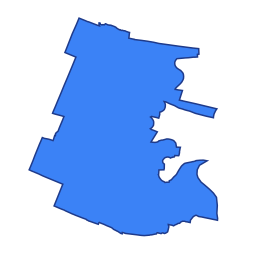 Dobresti, Dolj, Romania (orthographic projection), rotated 184°
{"feature_id": "2599482B36171757906736", "entity_name": "Dobresti", "entity_type": "district", "adm_level": 2, "iso_a3": "ROU", "parent_name": "Romania", "parent_adm1": "Dolj", "projection": "orthographic", "projection_center": [23.926, 43.971], "detail": "fine", "context": "isolated", "style": "filled", "palette": "blue", "viewbox_px": 256, "rotation_deg": 184, "n_neighbors": 0, "source": "geoboundaries", "source_scale": "gbopen_adm2", "svg_char_len": 5580}
<svg xmlns="http://www.w3.org/2000/svg" viewBox="0 0 256 256"><g transform="rotate(184 128 128)"><path d="M184.5,234.2L186.7,227.6L190.1,218.3L194.2,205.2L196.2,198.9L184.9,195.1L187.0,188.7L189.0,182.7L192.0,173.8L194.7,166.0L197.2,158.4L200.1,149.9L201.9,144.5L203.8,139.1L204.3,137.4L201.8,136.8L195.4,135.6L192.7,135.0L193.9,131.1L195.4,126.7L196.7,122.8L197.5,120.1L197.6,119.9L198.4,119.2L199.1,118.3L199.8,117.7L199.9,117.0L199.9,116.2L199.9,115.6L199.8,115.3L199.3,115.1L200.6,115.4L201.6,111.1L201.9,110.2L202.4,110.3L204.0,110.8L206.3,111.3L208.6,111.6L210.6,111.8L212.8,112.5L214.4,107.8L214.9,106.5L216.7,101.0L218.6,95.2L219.8,91.3L220.4,89.2L222.7,82.2L223.7,79.4L220.9,78.3L213.7,75.9L209.7,74.3L205.6,72.9L189.1,67.4L196.3,45.1L192.3,43.7L189.1,42.6L185.8,41.6L184.6,41.0L180.2,39.4L177.9,38.5L175.9,37.9L174.3,37.3L172.9,36.9L166.5,34.9L164.4,34.3L163.9,34.2L163.4,34.0L162.8,33.4L162.1,33.2L161.4,32.9L160.7,32.5L159.7,32.3L153.2,30.5L150.9,29.9L150.5,31.3L150.4,31.4L150.2,31.7L150.1,31.8L148.2,31.1L145.5,30.3L143.4,29.5L141.8,28.9L140.8,28.6L137.8,27.6L136.7,27.0L135.3,25.9L132.9,24.9L132.2,24.6L131.9,24.4L131.3,24.3L130.2,23.7L127.9,22.4L127.3,22.2L126.4,22.1L126.5,23.4L126.1,23.4L124.6,23.1L123.8,22.8L122.8,22.6L122.0,22.6L112.0,22.1L107.4,21.8L105.4,21.8L104.3,21.8L99.1,22.6L98.0,23.0L96.8,23.1L93.8,24.0L92.3,24.3L92.1,24.6L91.9,24.9L91.8,25.3L91.7,25.5L91.2,25.6L90.4,25.5L89.8,25.2L89.3,25.3L88.2,25.0L87.8,25.0L87.6,25.0L87.3,25.1L87.2,25.3L86.7,25.6L86.1,25.8L85.6,25.8L85.3,25.6L84.4,25.3L83.7,25.5L82.6,26.1L81.3,27.1L81.1,27.7L80.6,30.7L80.4,31.9L80.4,32.3L80.4,32.6L80.5,33.0L80.7,33.3L80.8,33.6L81.0,34.1L81.1,34.6L80.4,34.5L80.2,34.4L79.6,34.3L78.1,34.2L77.3,34.1L76.1,33.7L75.9,33.6L75.6,33.6L75.0,34.1L74.6,34.4L73.9,34.8L72.4,35.5L72.0,36.0L71.7,36.1L71.4,36.3L70.8,36.4L70.0,36.5L69.5,36.9L69.3,37.2L69.2,37.3L69.0,37.6L68.4,38.1L68.1,38.3L67.4,38.6L67.0,38.8L65.0,38.9L64.2,38.7L63.7,38.5L62.6,38.5L59.4,38.0L59.3,38.9L59.3,39.9L59.2,40.5L57.9,42.4L56.8,44.0L55.8,44.8L54.4,45.6L54.1,45.7L53.8,45.7L53.5,45.6L51.2,44.6L48.3,44.4L45.6,44.0L40.2,43.3L36.7,42.8L34.2,42.5L32.3,42.2L32.3,44.1L33.4,49.0L33.5,56.9L34.9,65.0L38.2,69.0L42.7,72.8L47.9,76.7L51.3,79.1L54.8,83.4L56.0,86.7L56.0,91.2L54.1,95.8L46.8,100.8L50.5,101.2L53.7,100.9L56.9,100.4L57.9,100.2L58.6,99.7L60.7,99.0L61.1,99.0L62.2,98.6L65.5,97.7L67.7,97.1L69.1,96.6L69.6,96.2L71.4,94.4L72.2,93.4L74.4,89.4L76.4,85.1L76.9,84.5L78.7,82.5L78.8,82.5L81.2,79.3L81.9,79.0L82.6,78.5L83.1,78.3L83.0,77.3L83.3,76.8L83.8,76.8L86.3,76.5L87.3,76.2L87.8,76.6L88.2,76.9L89.0,77.2L89.5,77.4L90.2,77.7L91.1,78.3L92.4,79.7L93.0,80.5L93.5,81.2L94.0,82.4L94.2,83.2L94.4,83.5L94.2,83.6L94.2,88.3L89.2,88.8L89.2,89.2L89.0,90.1L89.2,94.5L90.4,95.4L90.9,96.1L91.1,97.2L91.2,98.0L90.7,98.9L89.8,100.2L89.1,100.9L88.0,101.4L86.9,101.8L85.4,101.8L84.3,101.4L83.8,101.2L83.5,101.0L82.7,101.5L81.7,101.8L81.1,102.2L80.1,102.2L79.7,102.6L79.5,103.0L79.4,103.6L79.4,103.8L75.5,103.9L75.4,104.1L75.2,104.7L75.0,106.1L74.9,107.2L75.0,108.0L74.9,108.7L74.6,111.5L74.4,112.4L78.3,112.3L79.3,116.3L80.6,117.7L81.4,118.5L82.5,119.0L83.9,119.4L85.0,119.6L86.6,119.8L88.5,119.8L92.5,118.4L93.9,118.2L96.5,117.2L97.1,116.4L98.3,115.9L100.0,115.5L103.0,115.5L104.1,115.6L98.5,126.2L100.8,127.0L102.7,127.6L104.7,128.1L105.7,128.8L104.3,129.9L103.5,131.1L102.8,132.3L102.7,133.4L102.7,134.9L102.9,136.3L103.3,137.3L104.2,138.5L105.2,139.7L106.3,140.5L105.3,141.2L100.1,140.4L98.3,140.0L98.0,140.0L97.3,143.6L97.4,144.9L97.4,145.4L97.3,146.1L95.8,146.6L93.8,148.1L93.0,149.1L92.4,151.1L92.3,152.6L92.4,154.2L93.1,155.8L93.8,156.9L92.1,156.7L90.1,155.9L87.7,155.0L83.2,153.6L79.2,151.7L77.9,151.3L74.8,150.7L73.1,150.2L70.8,149.7L67.8,149.2L61.8,147.3L50.5,145.2L46.3,144.6L43.5,144.2L43.5,145.4L43.2,147.7L42.8,148.9L42.5,149.6L41.8,151.4L41.4,152.1L40.7,153.3L62.2,156.9L74.9,158.8L75.2,158.9L78.0,159.3L78.7,159.4L76.3,169.2L80.7,169.5L83.0,169.8L83.7,169.8L83.7,170.2L83.6,170.4L83.2,171.1L82.8,171.6L81.8,172.7L78.9,175.8L77.9,177.1L77.4,177.9L77.1,178.6L76.5,179.9L76.1,181.3L76.1,182.2L76.1,183.1L76.2,183.9L76.5,185.4L76.7,185.8L76.9,186.4L77.3,186.9L77.7,187.4L78.5,188.1L79.0,188.6L79.5,189.1L80.8,189.7L82.4,190.6L83.0,191.0L83.6,191.4L84.6,192.5L85.1,193.2L85.4,193.8L85.7,194.6L85.9,196.1L85.9,197.1L85.8,197.4L85.4,198.5L84.9,199.4L84.2,200.4L83.9,200.6L83.2,200.7L75.2,202.0L72.7,202.3L67.2,203.3L66.4,203.3L63.6,203.7L63.9,206.3L62.4,206.6L63.0,212.1L69.0,212.3L82.4,213.1L97.0,214.1L103.1,214.5L108.3,215.3L114.3,215.9L120.1,216.3L127.9,216.7L127.9,216.8L128.0,217.0L129.4,217.1L130.7,217.3L133.5,217.7L133.3,219.4L133.3,221.2L133.1,223.4L134.0,223.5L134.9,223.8L136.6,224.2L137.1,224.5L138.1,224.8L138.6,224.7L138.8,224.7L139.7,224.9L140.4,225.1L140.6,225.0L140.9,224.9L141.3,225.0L141.5,224.9L141.8,225.0L142.1,225.2L142.5,225.2L142.6,225.4L143.0,225.4L143.0,225.5L143.4,225.5L143.6,225.6L143.9,225.6L144.4,225.8L145.4,226.5L145.9,226.6L146.5,227.0L146.7,227.3L147.1,227.6L147.4,227.8L147.8,227.8L148.1,228.1L150.4,228.8L151.1,229.0L151.4,229.0L151.5,229.1L151.8,229.1L152.0,229.3L152.4,229.4L152.6,229.3L153.4,229.4L153.9,229.2L154.2,229.4L154.6,229.4L155.1,229.5L155.3,229.5L155.5,229.6L155.9,229.7L156.7,230.1L157.1,230.2L157.5,230.4L157.8,230.4L158.0,230.2L158.4,229.8L158.7,229.4L158.8,229.4L159.0,229.3L159.6,229.3L160.1,229.4L160.9,229.2L161.0,229.1L161.7,229.1L162.5,229.3L162.7,229.6L163.3,230.8L164.2,230.8L164.2,229.9L164.1,229.1L164.0,228.5L163.7,227.9L165.4,228.3L174.5,231.1L175.7,231.3L176.4,231.5L177.7,232.0L184.5,234.2Z" fill="#3b82f6" stroke="#1e3a8a" stroke-width="1.5"/></g></svg>